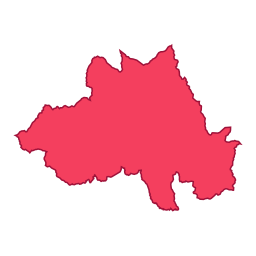 the district of Huamanga, Ayacucho, Peru
{"feature_id": "86281439B20433553011992", "entity_name": "Huamanga", "entity_type": "district", "adm_level": 2, "iso_a3": "PER", "parent_name": "Peru", "parent_adm1": "Ayacucho", "projection": "natural_earth1", "projection_center": [-74.211, -13.262], "detail": "fine", "context": "isolated", "style": "filled", "palette": "rose", "viewbox_px": 256, "rotation_deg": 0, "n_neighbors": 0, "source": "geoboundaries", "source_scale": "gbopen_adm2", "svg_char_len": 5839}
<svg xmlns="http://www.w3.org/2000/svg" viewBox="0 0 256 256"><path d="M15.4,135.4L16.8,136.1L17.3,136.9L18.5,137.3L19.0,139.7L19.5,140.3L19.5,141.5L20.1,142.1L19.9,143.2L20.1,144.3L21.4,145.4L21.4,146.2L20.9,147.3L22.9,149.3L24.4,149.9L25.4,149.4L29.2,152.0L29.8,152.8L31.7,150.4L32.6,150.7L35.8,149.4L36.5,149.5L38.0,149.0L41.4,149.7L42.8,150.7L44.5,150.8L46.8,151.8L45.6,153.0L45.5,155.4L44.2,157.9L44.2,159.2L45.8,162.2L45.9,164.2L45.4,165.4L47.3,166.8L49.7,166.2L51.6,168.0L55.4,170.0L55.8,170.6L55.9,172.2L56.7,173.4L56.5,175.6L57.0,176.5L59.9,178.0L61.8,180.0L63.9,180.6L65.5,182.2L67.1,182.5L69.2,184.8L69.9,185.1L72.3,184.0L72.5,184.4L74.4,184.7L76.0,183.9L78.8,183.5L79.6,184.2L81.2,183.9L83.2,182.6L85.0,183.1L85.9,182.2L85.9,181.1L86.5,181.1L87.2,180.2L88.5,179.5L88.8,179.5L89.3,180.4L89.3,181.0L90.0,182.6L90.6,182.6L91.7,180.9L92.6,180.1L92.9,179.3L93.7,178.8L93.8,178.3L93.2,177.7L93.1,176.9L94.5,176.4L94.4,175.3L94.8,174.9L96.9,177.8L97.0,178.8L97.6,180.0L99.8,180.2L101.1,181.4L102.9,180.7L103.9,181.1L104.6,180.7L105.6,180.8L106.7,179.4L106.8,177.1L107.1,176.7L108.9,176.6L110.6,177.1L111.5,176.9L120.1,171.8L121.1,169.7L121.4,166.8L122.9,167.6L123.2,168.2L124.5,168.2L124.5,169.2L125.1,170.3L124.6,170.9L124.8,172.6L125.2,173.8L126.6,174.8L127.5,174.6L128.3,175.3L129.7,174.8L130.7,173.4L134.2,174.3L136.9,173.5L138.7,171.5L138.7,170.5L141.2,170.2L141.2,170.8L140.4,172.4L141.4,174.7L141.4,176.7L142.0,178.4L141.9,179.4L144.6,181.4L146.0,183.6L146.8,184.0L147.4,185.3L149.0,189.8L149.4,192.9L149.9,193.3L150.2,194.4L149.7,195.0L150.8,197.0L150.5,198.2L151.1,198.8L151.2,199.5L152.0,200.0L152.8,202.4L154.2,203.2L154.9,202.9L155.2,203.4L155.9,203.1L156.4,203.8L156.7,203.6L158.0,206.2L159.1,206.9L159.4,207.3L159.3,207.9L159.9,208.4L160.4,207.9L161.5,208.8L162.0,208.6L162.5,209.0L163.0,208.8L163.3,209.6L163.8,209.1L164.8,209.7L166.8,210.0L167.5,209.7L167.9,209.8L168.2,209.4L169.4,209.5L169.6,209.9L170.5,209.0L171.1,209.2L171.1,208.8L172.7,210.6L173.7,210.2L174.5,209.4L175.3,209.7L175.5,209.1L175.9,209.2L176.2,209.9L177.8,210.0L178.4,209.5L178.5,208.8L177.8,207.0L176.3,205.9L176.0,204.6L175.0,202.9L174.9,202.1L174.1,201.4L174.0,200.5L174.5,198.8L174.2,197.7L174.4,197.1L173.9,196.0L174.6,193.7L173.5,192.4L172.2,189.7L171.5,189.1L171.1,187.3L170.8,184.4L171.2,182.4L172.4,181.5L173.4,179.4L172.8,175.3L175.4,174.1L176.3,171.9L178.0,172.6L178.6,173.9L179.2,174.3L179.0,175.3L179.5,176.5L179.4,179.7L179.9,181.5L181.4,181.5L182.2,182.5L184.0,181.9L185.0,182.0L185.2,181.5L185.8,181.1L188.0,182.0L191.4,181.2L193.3,181.6L192.8,185.8L194.2,187.2L195.4,187.6L195.5,188.0L195.0,190.8L193.4,192.0L193.3,192.7L193.8,193.4L195.5,193.6L196.8,194.4L197.4,195.3L197.1,197.7L198.7,198.2L200.0,199.2L203.6,199.4L204.9,198.8L207.8,198.2L209.2,198.9L210.2,198.9L211.3,198.3L214.9,195.2L215.5,194.2L216.8,193.9L218.0,195.1L220.0,194.3L221.3,191.7L222.6,191.1L223.9,189.6L225.8,188.7L227.4,189.0L229.2,189.8L231.7,189.8L233.1,190.3L233.5,190.2L233.7,187.6L232.6,186.4L232.6,185.4L235.0,182.8L234.9,181.2L235.5,180.3L235.4,179.3L234.2,177.1L233.3,176.7L232.4,175.2L232.4,174.7L233.0,174.2L231.4,171.3L231.7,170.5L230.3,169.7L230.4,168.5L231.6,166.2L232.6,165.2L232.7,161.4L233.6,159.6L233.4,158.0L234.2,157.0L234.4,155.1L235.1,153.5L234.7,151.5L235.3,150.3L234.2,148.4L235.2,147.3L236.4,146.9L236.8,145.3L237.2,144.8L238.4,144.5L239.3,143.6L240.6,143.9L238.6,141.5L235.6,141.0L234.8,140.5L233.6,141.1L232.5,141.0L230.7,141.4L229.3,142.3L226.4,141.9L225.0,140.6L225.7,137.6L225.6,136.3L228.2,134.6L228.5,133.6L230.1,131.9L230.5,130.2L230.6,127.2L225.1,127.6L219.6,132.5L217.7,133.1L212.6,132.8L212.0,133.0L211.4,134.5L210.6,135.0L209.1,134.5L207.7,132.8L206.8,130.7L205.4,129.3L205.6,128.0L204.9,125.9L205.3,123.7L204.7,121.8L205.2,118.3L204.0,116.8L202.8,114.4L200.9,112.6L200.6,111.6L201.2,110.1L201.4,106.2L201.2,105.8L199.8,105.2L199.4,104.2L199.1,103.0L199.4,101.5L197.1,101.5L196.0,100.9L192.9,98.2L192.8,97.6L193.3,94.6L193.1,94.1L192.1,93.5L190.3,89.7L189.1,88.6L189.5,87.0L188.8,86.0L187.4,85.4L186.8,84.8L186.6,83.5L187.3,82.3L186.7,81.3L185.9,80.8L186.1,79.4L185.9,79.0L184.6,77.4L183.2,79.1L182.0,79.2L181.2,77.5L179.5,75.5L179.3,71.8L178.6,69.6L176.5,68.6L175.7,66.9L176.9,66.0L176.8,64.9L177.2,63.5L178.1,61.9L177.5,60.3L174.6,59.4L174.3,59.0L173.8,56.7L174.6,55.1L173.5,53.1L173.9,51.1L171.7,48.1L171.6,45.4L171.0,45.9L169.6,46.1L168.1,47.1L166.3,49.9L164.7,51.2L162.7,51.7L160.7,51.8L158.8,52.7L157.2,54.9L156.7,56.2L155.6,57.5L154.2,58.5L152.7,59.1L151.6,60.4L150.3,61.1L149.4,62.8L147.3,64.1L146.5,63.9L145.1,64.3L143.5,65.2L136.8,60.2L133.0,59.0L130.5,58.7L129.5,58.3L128.4,56.8L126.3,56.5L125.4,54.8L120.1,50.7L120.7,53.2L121.7,54.4L121.7,55.1L121.3,55.8L122.3,57.5L122.1,61.3L121.1,63.3L121.7,64.7L121.9,66.1L121.7,66.8L122.5,69.3L121.6,71.0L120.2,72.0L119.1,71.7L117.5,69.5L115.1,68.9L114.0,68.2L111.9,67.4L110.7,65.9L106.8,62.8L105.3,59.6L103.1,57.6L101.5,57.3L100.0,57.6L97.6,56.2L95.6,57.4L94.4,57.2L94.0,58.0L92.8,58.6L91.9,60.4L91.9,62.5L89.0,66.1L87.2,70.3L87.6,71.0L87.4,71.6L86.4,73.6L86.9,74.6L86.7,76.8L86.1,77.8L86.6,79.1L86.3,81.5L87.1,82.6L86.4,83.3L86.5,85.6L86.9,86.1L88.6,86.4L90.1,87.4L91.4,87.6L92.1,88.6L92.0,90.0L92.3,90.9L91.7,92.8L92.0,95.3L90.7,96.4L89.6,97.9L90.3,100.3L88.5,99.5L86.9,97.8L84.0,97.5L81.6,98.7L80.9,99.9L76.7,103.2L74.3,106.6L73.3,106.6L71.9,105.9L69.8,107.1L68.3,107.3L65.2,105.6L63.9,106.1L62.6,107.4L62.0,107.8L60.5,107.7L59.4,108.6L57.8,106.7L57.2,106.5L56.5,107.1L55.9,108.2L54.0,108.5L52.9,109.7L52.4,109.4L50.6,106.7L49.0,105.3L47.5,105.5L45.2,105.0L44.7,106.5L43.3,107.5L43.4,110.0L42.1,110.5L41.8,112.8L39.9,113.0L39.3,113.4L37.8,116.1L38.0,117.7L36.1,118.6L34.7,120.9L32.5,122.7L30.0,127.6L28.6,128.6L26.8,131.7L25.5,131.7L24.5,130.6L23.0,131.0L22.0,130.9L19.8,131.9L18.4,133.9L17.0,134.9L15.4,135.4Z" fill="#f43f5e" stroke="#9f1239" stroke-width="1.5"/></svg>